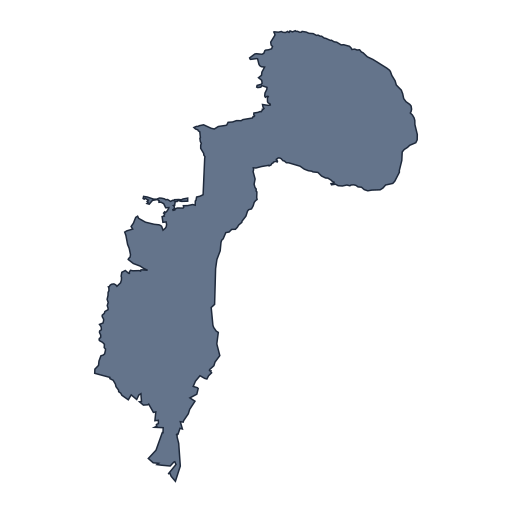 outline of Estelnic, Harghita, Romania
{"feature_id": "2599482B48402840348711", "entity_name": "Estelnic", "entity_type": "district", "adm_level": 2, "iso_a3": "ROU", "parent_name": "Romania", "parent_adm1": "Harghita", "projection": "equal_earth", "projection_center": [26.246, 46.152], "detail": "fine", "context": "isolated", "style": "filled", "palette": "slate", "viewbox_px": 512, "rotation_deg": 0, "n_neighbors": 0, "source": "geoboundaries", "source_scale": "gbopen_adm2", "svg_char_len": 6029}
<svg xmlns="http://www.w3.org/2000/svg" viewBox="0 0 512 512"><path d="M394.8,181.2L399.4,172.2L399.3,170.6L401.8,160.5L402.2,152.0L404.2,149.5L407.5,147.4L409.7,145.3L415.8,142.7L417.2,139.8L417.3,134.5L414.9,124.6L414.8,120.4L414.1,117.9L412.4,115.0L410.3,113.0L411.1,111.5L411.6,109.2L411.1,106.0L409.8,104.4L406.0,101.7L403.7,98.6L402.7,93.8L401.3,90.1L396.3,85.0L395.1,80.8L391.8,75.4L390.4,71.5L389.5,70.2L386.8,68.1L373.0,59.5L367.3,56.8L363.0,52.7L361.4,52.0L359.6,49.8L357.0,50.0L354.7,49.1L351.9,49.5L351.3,48.2L349.5,46.3L343.6,44.7L341.2,44.9L336.7,42.2L334.1,41.8L331.4,40.2L330.4,40.4L325.7,38.3L324.4,38.2L321.6,36.2L320.2,36.2L318.1,35.1L316.4,35.4L313.2,33.6L308.9,33.3L306.3,32.1L302.1,31.4L301.3,32.2L299.7,32.3L297.5,31.3L296.1,31.4L295.3,30.7L292.5,31.9L290.0,30.9L289.2,32.4L288.5,32.3L287.7,31.4L285.5,32.5L282.8,32.3L281.4,31.5L278.4,32.2L274.1,31.8L273.8,32.0L274.9,34.3L274.8,35.4L270.7,42.1L271.1,45.0L272.5,46.5L271.6,48.8L268.5,49.8L265.7,50.1L264.9,50.6L263.8,53.3L262.0,54.3L256.4,53.7L254.8,54.0L249.6,57.9L250.0,59.0L250.5,59.4L256.7,58.6L257.6,58.9L258.9,64.2L259.7,65.6L261.3,66.7L264.6,67.1L261.9,72.1L261.5,75.3L258.5,77.7L261.7,80.3L262.1,83.3L261.1,84.3L257.1,85.4L256.7,87.1L257.7,87.6L260.8,87.2L261.8,85.6L267.0,87.4L266.8,89.4L265.0,93.0L264.7,96.0L265.4,97.3L267.2,96.3L268.2,96.5L267.4,98.2L267.5,101.8L268.1,102.8L270.2,104.1L270.3,105.0L268.2,105.4L262.5,104.5L263.0,107.0L264.0,108.5L263.2,109.4L262.4,109.2L262.2,110.4L261.0,111.8L260.2,111.5L257.9,112.4L253.9,113.0L253.8,114.8L254.6,115.9L254.0,116.6L253.1,116.6L252.4,118.0L242.9,119.6L241.1,120.7L236.5,120.6L232.5,122.0L228.1,122.3L226.8,124.9L226.2,125.3L218.3,126.5L214.3,129.0L211.2,128.3L203.6,124.8L199.3,125.7L198.0,126.4L196.4,126.4L193.9,127.5L195.5,129.0L197.8,129.8L198.3,130.8L199.8,131.8L200.4,137.7L199.9,138.2L200.3,141.4L201.3,143.4L200.7,145.2L200.7,148.4L203.7,153.4L203.8,155.0L205.0,156.8L204.7,158.1L203.1,194.7L200.0,196.2L196.6,197.0L196.0,200.3L195.3,201.0L195.2,205.2L192.7,204.5L187.7,205.6L183.4,205.7L183.7,207.4L183.0,208.1L177.3,208.0L175.4,208.8L174.8,210.0L173.1,210.4L172.9,209.7L174.1,209.7L173.7,209.1L174.5,208.2L174.3,207.1L173.8,207.3L174.3,206.9L173.9,206.1L174.3,205.7L173.6,205.5L174.7,204.8L175.2,201.6L177.1,201.5L177.8,200.5L181.4,201.4L187.7,201.2L187.7,198.1L182.9,199.0L181.3,199.8L178.8,199.5L174.3,199.7L174.0,200.6L172.6,200.3L170.6,201.4L167.6,199.5L165.8,199.7L164.3,198.8L161.7,198.2L159.5,198.0L156.6,199.2L153.5,199.1L147.3,197.0L143.6,196.4L143.1,198.5L144.2,199.2L145.2,198.4L148.4,200.1L147.1,201.4L148.2,202.2L146.9,203.5L149.2,204.2L152.5,200.4L157.6,199.5L158.5,200.6L159.1,200.7L159.0,202.3L161.0,202.2L163.7,203.7L165.7,207.8L168.8,207.6L168.4,209.0L166.6,211.6L165.5,212.4L164.7,211.8L163.6,213.1L164.7,214.0L163.9,215.6L164.2,216.1L162.1,216.6L162.9,222.3L166.1,221.9L166.6,224.6L166.2,226.8L165.3,228.2L163.0,230.2L161.6,226.3L160.6,225.5L159.0,224.8L154.2,224.3L145.5,222.2L138.7,218.4L137.6,216.2L135.7,217.4L133.4,223.2L131.1,226.5L132.7,229.1L126.9,230.8L124.7,232.1L125.9,235.4L127.6,244.5L129.2,248.4L130.5,254.7L130.1,257.1L128.6,258.5L128.2,259.5L133.3,263.5L140.2,266.1L143.5,268.3L147.6,270.3L141.7,269.8L140.8,270.0L140.6,271.1L139.2,270.6L132.9,270.8L130.5,270.3L129.4,271.9L129.4,273.4L128.7,273.4L125.3,270.5L121.8,272.3L121.1,276.2L121.5,277.4L121.4,280.2L120.5,282.9L116.9,286.3L115.8,284.9L113.9,283.9L111.7,284.2L110.2,285.1L109.1,286.8L108.4,286.8L108.9,288.4L108.9,290.8L108.1,292.3L108.0,295.5L107.1,299.3L108.2,302.5L107.2,305.6L108.1,308.2L108.0,309.7L104.9,311.5L104.3,313.4L102.2,315.2L102.2,316.6L103.6,319.2L103.6,320.7L103.0,323.0L99.5,324.4L101.1,326.7L101.4,329.2L101.3,329.8L99.7,330.9L99.5,331.7L99.5,332.6L100.7,335.0L100.7,336.9L100.6,337.5L99.3,338.5L99.1,339.9L99.6,340.7L102.6,342.4L104.4,344.3L104.2,347.6L105.5,349.0L105.4,350.5L104.6,353.9L103.1,355.1L100.9,355.8L99.0,361.0L98.5,365.4L94.9,369.1L94.7,373.3L109.9,377.4L109.9,378.6L113.2,380.3L115.4,384.1L116.0,386.7L118.5,390.0L118.7,391.7L120.7,393.1L121.9,395.3L128.3,399.8L131.2,394.9L136.7,399.5L138.8,395.0L140.9,393.7L141.5,401.5L139.5,401.8L143.4,405.1L147.7,404.8L148.7,404.1L153.4,412.4L155.8,411.9L154.9,420.7L158.3,420.3L158.4,423.6L156.7,424.3L156.3,424.9L156.8,426.1L154.5,427.3L163.2,427.7L163.0,432.7L162.3,432.6L162.1,433.1L156.0,450.2L148.3,458.5L153.2,462.8L158.6,463.3L157.0,464.6L161.4,465.2L170.2,466.0L173.7,462.2L174.8,461.7L176.0,464.5L168.2,474.0L169.9,473.2L171.2,476.4L175.4,481.3L180.3,466.1L178.7,443.4L177.1,437.0L177.1,435.3L176.5,434.8L177.0,434.1L178.0,434.2L180.0,428.3L182.4,429.0L180.3,421.7L183.2,422.1L183.6,420.7L188.3,413.8L189.7,409.3L195.0,401.2L189.9,397.9L196.8,394.2L198.2,388.5L197.3,387.7L193.2,386.4L195.5,381.1L200.0,375.7L204.7,378.4L206.9,379.0L208.6,375.7L211.6,372.8L210.7,371.5L210.9,370.9L210.1,371.0L209.4,370.2L209.8,369.4L213.9,365.7L215.0,362.1L219.8,355.6L216.8,343.9L218.3,332.4L216.3,331.2L213.7,327.5L212.9,325.2L211.2,307.5L214.6,304.4L215.6,268.6L216.9,259.5L220.2,250.8L221.0,242.4L221.7,240.2L223.2,238.8L225.8,232.6L229.1,232.0L231.7,229.4L235.4,229.3L237.4,227.2L238.6,225.1L241.8,222.4L242.0,221.2L245.9,216.2L247.5,211.2L248.6,209.7L251.5,208.9L253.2,205.8L254.2,202.4L255.6,200.6L257.1,199.5L256.7,197.6L256.9,191.9L256.1,191.0L256.2,189.0L255.0,187.5L254.1,184.2L255.1,179.0L253.1,171.6L253.6,169.7L253.3,167.8L255.9,168.0L261.7,166.5L268.8,165.3L269.1,165.9L271.1,164.9L271.8,163.5L273.0,163.0L273.5,162.1L276.0,161.3L277.1,162.0L277.5,161.2L276.3,159.3L278.3,157.9L279.8,158.0L281.2,158.7L283.0,160.7L284.4,161.0L286.3,162.7L288.6,162.8L300.1,166.2L304.2,169.1L308.3,170.7L311.8,171.2L312.9,171.9L317.9,172.4L321.5,176.0L325.6,178.0L327.8,178.1L330.9,180.0L332.5,181.6L334.1,182.2L333.9,183.3L331.0,183.6L331.5,184.8L335.5,184.2L338.1,185.7L342.4,186.0L346.9,185.0L349.9,185.8L351.1,185.0L353.6,184.8L356.0,185.4L358.0,186.9L361.5,187.2L364.2,189.6L367.8,190.8L371.8,190.1L380.2,189.8L383.0,188.0L385.6,185.0L392.8,183.4L394.8,181.2Z" fill="#64748b" stroke="#1e293b" stroke-width="1.5"/></svg>